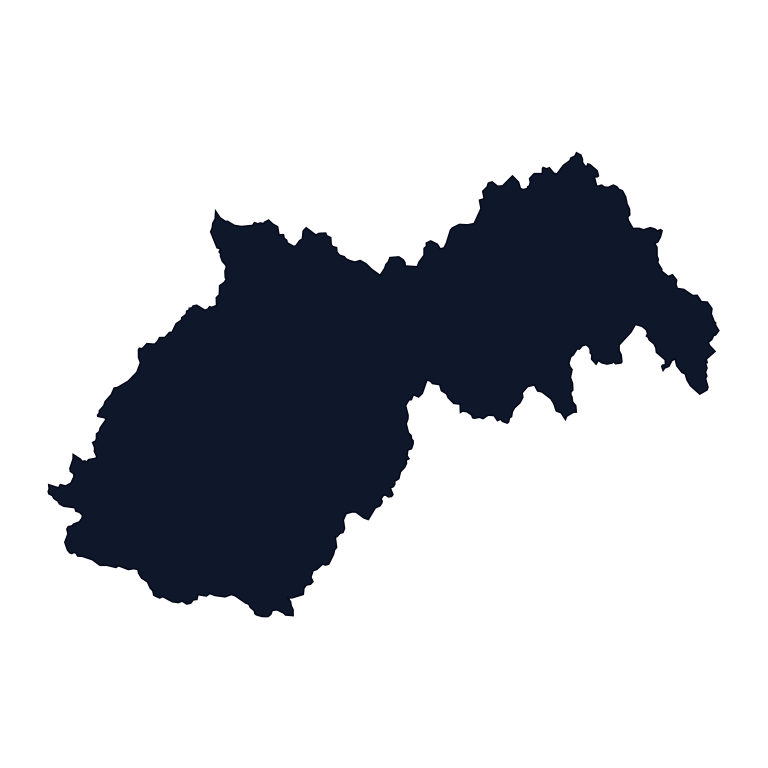 the district of Quispicanchi, Cusco, Peru, rotated 181°
{"feature_id": "86281439B28575146552042", "entity_name": "Quispicanchi", "entity_type": "district", "adm_level": 2, "iso_a3": "PER", "parent_name": "Peru", "parent_adm1": "Cusco", "projection": "natural_earth1", "projection_center": [-71.156, -13.517], "detail": "fine", "context": "isolated", "style": "filled", "palette": "ink", "viewbox_px": 768, "rotation_deg": 181, "n_neighbors": 0, "source": "geoboundaries", "source_scale": "gbopen_adm2", "svg_char_len": 6132}
<svg xmlns="http://www.w3.org/2000/svg" viewBox="0 0 768 768"><g transform="rotate(181 384 384)"><path d="M195.6,618.6L197.1,615.3L201.3,613.1L201.9,610.7L208.5,605.8L214.7,597.1L217.9,597.7L222.4,603.1L225.3,602.0L228.6,603.3L229.3,602.4L229.4,597.1L237.5,597.0L242.1,591.9L241.2,588.4L242.2,584.5L243.6,583.9L244.3,581.8L248.2,580.9L251.0,581.7L253.0,588.2L259.2,594.3L268.9,584.2L273.9,583.7L279.4,588.0L283.2,586.7L284.3,582.9L288.7,578.4L287.1,571.0L291.8,569.5L290.1,561.1L296.7,546.0L303.2,544.6L311.4,544.9L318.3,541.3L320.2,539.2L324.1,525.9L326.4,521.1L330.1,520.1L333.1,524.7L339.8,527.9L344.2,525.6L344.0,522.4L346.3,520.3L346.2,513.5L351.1,506.6L352.9,501.8L364.8,502.4L365.2,505.9L366.9,508.5L371.4,511.4L380.3,510.5L381.9,506.1L384.1,503.6L385.5,499.4L389.8,492.6L398.2,498.4L404.1,504.0L410.0,507.1L415.1,505.4L420.4,506.8L424.2,508.5L425.9,510.6L430.9,512.1L433.4,515.4L433.8,519.6L437.6,520.4L439.2,522.5L439.8,529.4L444.0,531.4L444.9,533.9L451.5,533.5L454.8,531.8L464.5,538.9L467.5,535.7L468.2,527.5L470.9,525.9L474.5,520.6L476.7,520.0L483.3,523.6L483.7,526.0L486.3,527.9L487.1,531.6L491.6,531.2L493.1,539.4L497.8,541.9L502.3,545.9L506.5,543.6L507.0,542.2L510.5,542.9L513.0,542.0L516.4,543.1L518.1,540.3L529.3,539.0L536.4,540.0L543.3,544.0L545.2,543.7L550.7,547.3L555.4,553.9L555.7,546.1L558.0,541.8L558.5,537.1L560.0,533.1L553.3,517.3L549.7,516.1L551.2,513.2L549.6,511.4L549.8,509.2L547.8,503.9L544.0,499.7L543.8,497.7L545.0,494.0L544.6,487.7L543.6,485.8L545.6,482.8L550.1,479.4L550.2,470.5L553.2,467.4L552.8,459.6L557.7,457.6L559.8,458.3L561.0,456.2L564.2,454.6L572.6,459.5L576.1,458.8L577.5,456.7L580.1,456.3L580.2,454.6L582.6,453.4L583.0,450.2L587.4,446.8L587.7,444.3L592.9,440.7L596.9,431.9L599.4,431.9L603.8,426.7L609.2,426.5L611.2,422.6L614.0,419.8L621.8,420.2L626.3,415.1L629.3,415.5L630.1,413.9L629.9,406.2L627.9,401.0L631.4,391.4L639.9,382.3L650.6,375.8L653.7,375.3L656.5,368.6L662.5,361.6L663.8,357.4L668.1,352.4L668.3,349.8L669.9,347.9L669.6,346.6L662.7,345.4L661.3,343.7L667.0,335.2L667.9,331.4L670.6,329.1L670.6,324.0L671.6,321.8L674.3,320.5L672.2,315.2L672.4,311.5L670.0,306.5L670.6,304.8L678.2,303.2L679.4,300.9L681.6,301.9L684.5,301.3L686.0,303.4L693.6,308.2L693.6,303.6L696.6,294.1L696.1,291.2L692.9,289.0L692.3,286.1L695.3,279.5L700.5,276.5L705.9,277.8L707.6,274.5L717.5,277.5L717.0,273.1L717.9,270.7L717.2,268.3L713.6,266.6L712.0,263.7L708.1,261.3L706.4,258.5L702.1,256.2L691.0,254.9L689.9,251.5L686.1,250.3L683.3,247.6L683.6,244.7L686.1,240.9L692.2,238.4L693.2,236.8L697.2,235.9L698.6,233.4L697.4,228.6L700.4,220.2L697.7,212.7L695.5,209.9L693.3,209.0L691.3,210.1L689.2,209.7L687.3,206.6L682.6,206.4L672.7,203.3L664.8,197.7L658.1,197.9L648.9,195.9L646.2,197.6L636.4,194.0L631.1,195.0L626.8,194.3L626.1,190.5L623.0,185.7L617.1,182.0L614.1,175.7L611.6,173.3L610.5,168.7L604.5,166.1L601.4,167.5L591.9,162.6L585.7,161.8L582.0,163.4L577.4,160.5L573.2,161.7L571.0,164.8L567.3,165.3L566.3,170.1L557.9,168.9L554.5,171.5L549.5,169.6L539.2,168.4L533.0,170.8L529.0,169.6L518.8,162.7L515.4,161.5L513.8,158.3L509.9,155.2L509.0,152.0L507.4,150.9L501.9,149.4L495.9,149.4L493.2,151.7L491.7,155.7L487.0,156.3L480.3,153.2L478.5,151.3L470.8,150.8L471.0,156.9L472.9,160.6L473.6,164.7L476.2,168.3L471.6,168.7L461.0,172.2L460.5,178.3L458.2,181.6L454.0,182.5L451.6,185.1L453.7,189.5L451.7,196.0L447.9,197.4L442.2,202.9L439.4,201.9L436.1,202.9L431.5,212.7L430.6,217.1L428.5,219.8L430.0,229.9L428.3,230.6L425.4,234.0L422.4,234.8L420.9,238.9L422.3,247.3L419.6,253.7L413.5,255.5L409.7,255.4L402.0,249.8L397.3,248.2L390.5,260.0L385.9,262.1L384.2,264.8L383.7,266.8L385.0,269.1L382.7,272.5L380.7,273.1L377.6,271.2L374.6,271.6L373.1,273.5L375.9,280.3L372.8,281.5L371.4,284.1L371.6,286.9L367.5,289.6L366.0,296.4L361.9,301.0L360.1,305.0L360.5,308.2L357.7,309.7L359.7,312.6L359.0,318.5L355.4,319.7L353.8,324.7L353.9,327.9L355.4,329.3L356.0,333.0L358.7,335.6L361.1,344.7L359.4,349.7L359.4,353.3L362.0,362.8L358.8,368.5L356.4,368.8L354.4,373.8L349.2,371.6L345.5,375.3L341.1,388.8L337.4,387.5L335.6,385.3L328.3,384.3L326.5,378.3L321.2,375.2L319.7,371.5L313.9,365.8L307.6,365.2L307.1,356.9L304.8,358.3L300.6,357.7L295.8,354.5L294.8,351.8L292.9,351.3L287.9,352.4L284.3,351.1L279.5,354.6L273.5,354.4L270.0,349.4L266.7,350.8L264.9,348.7L260.2,347.0L258.8,348.1L257.9,352.4L255.9,353.6L255.2,358.4L253.1,362.4L247.6,367.7L244.9,373.2L245.7,377.6L240.4,383.9L233.6,385.7L230.3,379.7L225.9,378.8L216.9,372.1L213.8,367.2L211.3,360.0L206.4,358.3L202.0,351.6L200.7,355.0L194.0,359.1L191.2,359.3L191.9,365.7L195.1,369.4L195.9,374.6L197.0,376.4L196.9,379.4L195.1,381.2L195.5,387.7L197.7,393.9L196.2,401.7L198.4,404.5L199.5,408.0L197.7,414.5L195.2,416.4L191.6,422.4L189.2,422.3L186.3,425.7L182.6,426.8L179.6,424.4L178.4,421.8L178.4,418.7L176.7,417.0L176.9,412.4L172.3,407.5L170.1,411.3L166.7,409.0L161.4,407.8L156.4,408.9L154.9,410.3L152.9,408.3L147.4,409.1L146.5,410.3L147.3,417.2L149.5,421.5L149.6,427.1L138.0,440.1L133.6,448.0L127.0,446.1L122.5,442.6L121.3,438.7L122.5,436.6L120.6,435.2L119.7,432.8L114.7,428.8L112.8,424.9L112.2,420.4L103.3,413.1L102.9,408.2L105.9,407.7L106.7,406.5L105.2,402.4L103.5,404.9L99.5,406.6L96.6,412.3L93.4,414.3L91.6,407.3L86.4,400.8L83.0,399.3L81.2,393.5L77.7,387.7L68.1,379.4L60.9,383.7L60.0,386.4L62.6,395.1L61.3,397.6L62.8,401.2L61.3,405.6L62.9,410.5L61.2,411.0L62.3,414.4L53.5,422.4L59.0,428.0L60.5,431.2L57.1,434.1L55.1,438.4L53.4,438.7L50.1,443.2L53.5,448.6L53.5,451.0L54.9,452.1L58.0,459.9L57.4,465.1L62.2,471.6L68.1,471.8L72.4,478.2L76.8,477.8L85.8,483.8L92.4,484.7L93.8,488.5L93.2,493.0L97.5,498.3L101.6,496.5L108.2,501.6L108.3,503.7L112.4,510.0L111.9,513.5L113.2,516.8L113.4,525.5L115.8,529.2L112.8,530.7L110.1,536.0L108.6,542.2L110.4,543.2L113.2,541.8L116.0,543.8L120.5,545.0L127.1,542.7L131.6,544.1L137.8,543.9L142.6,552.0L143.2,555.2L141.2,557.4L141.6,563.3L144.1,568.3L145.6,575.3L149.0,581.5L152.4,582.6L154.5,585.2L158.2,586.9L163.1,584.6L166.8,584.7L170.0,586.7L174.0,585.3L175.1,586.7L177.3,594.9L174.3,594.8L173.2,595.8L174.5,600.9L181.9,607.0L184.1,607.6L184.8,605.5L186.5,605.0L189.4,609.0L189.5,612.4L191.2,616.4L195.6,618.6Z" fill="#0f172a" stroke="#020617" stroke-width="1.5"/></g></svg>